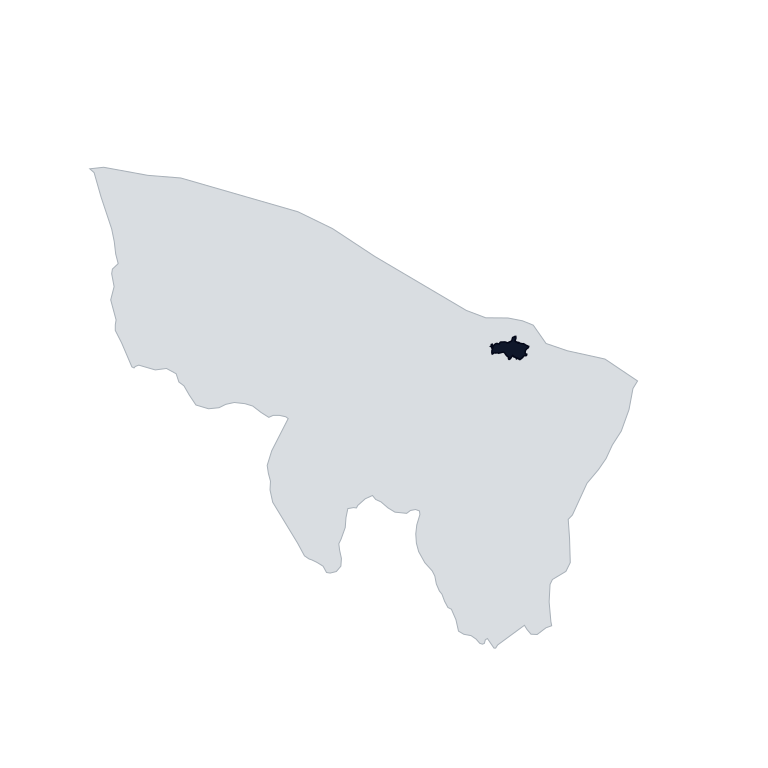 Careysburg, Montserrado, Liberia (highlighted), rotated 165°
{"feature_id": "62588387B2159992345918", "entity_name": "Careysburg", "entity_type": "district", "adm_level": 2, "iso_a3": "LBR", "parent_name": "Liberia", "parent_adm1": "Montserrado", "projection": "robinson", "projection_center": [-10.552, 6.442], "detail": "fine", "context": "in_parent", "style": "filled", "palette": "ink", "viewbox_px": 768, "rotation_deg": 165, "n_neighbors": 0, "source": "geoboundaries", "source_scale": "gbopen_adm2", "svg_char_len": 4565}
<svg xmlns="http://www.w3.org/2000/svg" viewBox="0 0 768 768"><g transform="rotate(165 384 384)"><path d="M138.3,321.3L144.7,315.2L154.0,295.8L167.0,277.1L179.2,266.0L188.8,254.5L199.0,245.8L213.6,235.6L235.9,208.7L241.1,205.6L244.7,187.0L250.3,163.3L256.8,155.9L271.9,151.6L275.5,147.4L280.9,130.8L284.3,111.3L284.6,107.1L290.6,106.6L300.9,102.4L306.8,104.3L309.4,109.9L310.8,114.6L341.8,102.5L344.5,100.0L346.1,100.4L350.0,111.4L352.3,110.7L354.2,107.5L356.2,107.2L358.6,108.7L361.1,113.8L365.0,118.4L371.7,121.6L376.0,126.0L375.5,137.7L377.2,149.0L380.1,151.6L381.7,158.4L382.4,165.9L384.1,169.8L385.2,177.3L384.6,185.4L385.8,191.0L390.8,200.8L393.9,213.1L393.9,221.9L392.1,231.0L388.8,239.4L383.1,248.6L382.6,252.2L386.0,254.6L391.2,255.0L395.6,253.2L406.6,257.4L412.3,263.4L417.4,270.9L421.9,274.6L424.0,279.3L431.8,278.0L440.8,273.5L442.7,271.4L445.4,272.5L451.2,273.0L455.3,264.8L458.6,255.4L465.6,245.3L469.0,241.4L469.9,234.9L470.3,226.5L472.8,219.2L478.6,215.2L484.9,215.3L488.3,216.8L490.0,223.8L495.1,229.2L499.4,232.9L501.7,234.4L505.3,238.6L508.7,252.8L522.1,298.6L521.5,311.2L518.8,319.5L518.8,327.6L517.9,335.6L509.7,348.6L485.5,375.4L487.4,377.8L493.2,380.8L499.1,382.4L503.9,381.6L510.0,388.2L516.5,396.7L523.4,401.0L533.4,404.9L542.1,405.3L549.5,403.8L559.9,405.5L571.1,412.4L575.0,423.9L577.7,434.0L581.6,439.0L582.1,447.7L590.1,455.3L601.3,456.8L616.0,465.7L619.7,465.3L621.3,464.2L623.1,465.8L626.8,491.6L629.7,505.3L628.2,510.8L626.2,515.2L626.2,536.0L619.5,547.9L618.5,561.0L616.6,565.3L609.6,569.1L609.5,579.1L607.7,591.3L606.9,604.2L608.9,638.0L609.3,663.2L612.5,668.0L598.7,665.9L558.2,646.7L527.0,635.6L422.5,572.6L393.4,547.3L359.9,509.6L285.5,433.8L268.6,421.6L247.2,415.7L233.9,409.2L224.6,402.2L217.0,381.2L198.4,368.7L164.1,350.9L138.3,321.3Z" fill="#d9dde1" stroke="#a8b0b8" stroke-width="1"/><path d="M260.9,394.2L261.1,394.1L261.4,393.8L261.5,393.7L261.9,393.4L262.4,392.8L262.6,392.9L263.0,393.1L263.7,393.5L263.8,393.5L264.0,393.8L264.5,393.9L265.1,394.1L266.3,393.8L268.0,393.0L268.2,392.9L269.3,391.2L269.7,392.1L269.2,394.4L269.6,394.4L270.1,394.4L270.3,393.9L270.9,392.6L271.0,392.6L270.9,392.5L270.9,392.4L270.7,391.8L270.6,391.3L270.6,390.9L270.5,390.6L270.3,390.1L270.2,390.1L270.1,389.9L270.3,389.7L270.9,388.7L271.1,388.4L271.2,388.1L271.8,386.1L271.7,384.9L271.0,385.0L270.0,385.4L269.1,385.5L268.6,385.4L268.5,385.2L268.4,385.1L267.0,384.9L266.9,384.8L265.9,384.6L265.2,384.0L264.5,384.3L264.3,384.1L264.2,384.0L263.3,384.0L262.7,384.0L261.2,384.0L260.3,383.9L260.2,383.8L259.3,382.6L258.9,381.1L258.8,380.8L258.2,379.6L258.1,379.3L257.8,379.0L257.5,378.5L257.0,377.9L256.5,377.4L257.0,377.0L257.2,376.4L257.2,375.8L256.9,375.4L256.4,375.3L255.2,375.8L255.0,376.0L253.9,377.0L252.9,377.7L252.6,378.3L252.4,378.4L251.8,377.8L251.7,377.4L251.9,377.3L251.8,377.0L251.7,376.7L251.3,376.3L250.9,376.5L250.6,376.3L250.5,376.2L250.3,375.9L250.1,375.4L249.9,375.2L249.7,374.9L249.6,374.6L249.3,374.7L249.4,374.2L248.8,374.5L248.6,374.4L248.4,374.2L248.1,374.2L248.1,373.8L247.8,373.6L247.5,373.6L247.0,373.2L247.0,372.7L246.9,372.6L246.3,372.4L246.0,372.6L244.9,372.9L244.2,373.3L243.4,373.6L242.8,374.0L242.5,374.4L242.2,374.7L241.6,375.0L240.9,374.9L240.6,374.9L240.4,374.9L239.8,374.6L239.3,374.6L238.8,374.9L238.5,375.5L238.4,375.9L238.8,376.1L239.1,376.3L239.4,376.6L239.6,377.1L239.5,378.1L239.3,378.4L239.1,379.0L238.6,379.8L238.5,380.0L237.7,380.5L237.3,380.8L236.8,381.2L236.0,381.3L235.4,381.7L234.8,382.2L234.5,382.9L235.2,383.3L235.6,383.8L236.4,384.4L237.2,385.1L237.4,385.2L237.5,385.4L237.6,385.7L238.3,386.4L238.6,386.6L238.9,386.9L239.2,386.9L239.6,387.0L240.1,387.2L240.8,387.5L241.3,387.8L241.7,388.0L241.9,388.1L242.2,388.3L242.6,388.7L243.0,389.3L243.3,389.1L243.6,388.7L243.8,388.7L243.9,388.9L244.0,389.1L244.1,389.5L244.3,389.7L244.6,389.8L244.7,390.1L244.8,390.1L245.2,390.3L245.6,390.9L245.8,390.8L246.0,391.0L246.4,391.6L246.4,391.9L246.3,392.3L246.2,392.3L245.9,392.3L245.7,392.8L245.5,393.1L245.4,393.2L245.2,393.3L245.2,393.5L244.9,393.7L244.8,394.1L244.7,394.4L244.6,394.6L244.6,394.8L244.5,395.1L244.8,395.3L244.7,395.5L244.9,395.5L245.1,395.5L244.9,395.8L245.1,395.8L245.2,396.1L245.8,395.9L247.4,395.7L247.7,395.5L247.8,395.5L248.7,394.0L248.8,393.8L249.3,392.9L249.5,392.7L250.2,392.5L250.4,392.4L251.4,392.2L251.6,392.2L251.9,392.2L252.5,392.1L252.6,391.7L253.7,391.9L253.8,391.9L254.4,391.9L254.6,392.1L254.9,392.3L255.1,392.6L255.6,393.0L256.5,393.4L256.8,393.5L257.9,393.7L258.2,393.8L258.4,393.8L260.3,394.3L260.9,394.2Z" fill="#0f172a" stroke="#020617" stroke-width="1.5"/></g></svg>